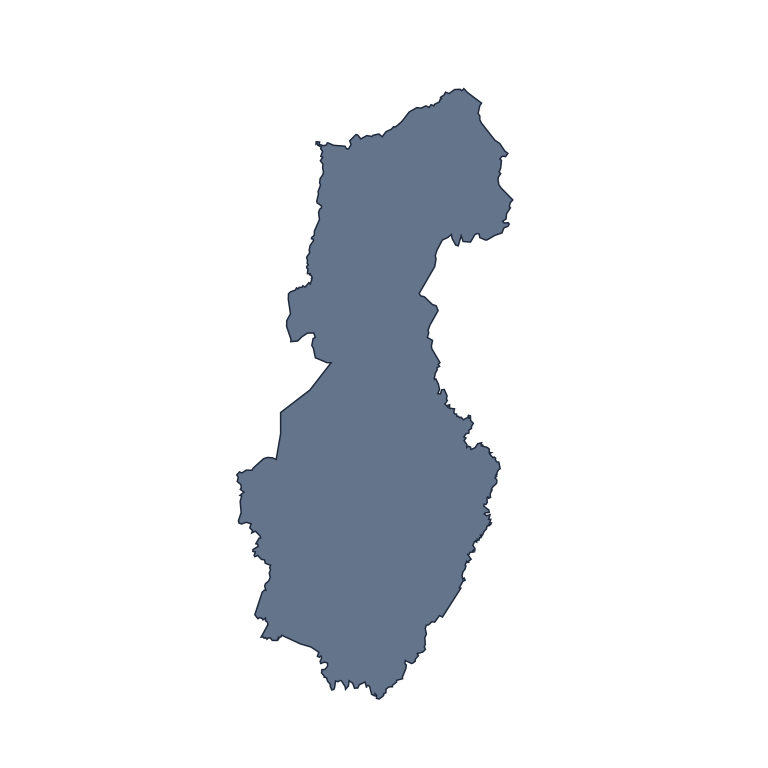 Nzema East, Western, Ghana (Natural Earth projection), rotated 201°
{"feature_id": "2480657B37092877755739", "entity_name": "Nzema East", "entity_type": "district", "adm_level": 2, "iso_a3": "GHA", "parent_name": "Ghana", "parent_adm1": "Western", "projection": "natural_earth1", "projection_center": [-2.226, 5.086], "detail": "fine", "context": "isolated", "style": "filled", "palette": "slate", "viewbox_px": 768, "rotation_deg": 201, "n_neighbors": 0, "source": "geoboundaries", "source_scale": "gbopen_adm2", "svg_char_len": 6131}
<svg xmlns="http://www.w3.org/2000/svg" viewBox="0 0 768 768"><g transform="rotate(201 384 384)"><path d="M275.6,88.2L272.7,93.0L273.2,94.7L271.6,96.4L272.7,99.9L270.9,102.9L267.6,104.4L268.2,105.6L265.5,110.1L265.9,112.0L261.0,115.5L261.8,116.9L261.6,126.4L262.5,129.7L264.3,130.5L265.0,133.5L258.1,132.9L256.7,134.3L255.5,136.4L256.1,138.4L254.5,142.7L256.4,144.2L251.7,147.7L250.2,151.0L252.2,153.1L252.1,155.6L255.0,161.9L254.8,165.8L257.8,170.4L258.1,174.0L256.0,175.3L254.2,179.1L251.3,179.9L249.2,187.7L245.9,187.4L239.1,220.9L240.7,220.7L239.6,228.0L237.9,230.0L239.3,231.2L239.9,230.5L239.9,231.3L240.8,230.5L242.5,233.1L243.0,237.0L242.0,240.2L242.4,243.6L243.4,244.1L243.2,247.8L242.7,247.1L241.0,247.9L241.6,248.7L239.9,251.6L244.7,254.9L243.4,255.8L243.5,257.7L240.2,259.2L241.3,260.0L240.9,261.2L239.5,260.7L240.0,262.9L243.2,265.1L243.1,269.4L241.0,269.6L242.0,270.7L240.5,271.3L241.2,272.6L239.4,272.4L239.8,274.8L238.5,275.2L238.1,277.7L239.1,276.6L239.9,277.5L237.9,278.3L237.7,282.3L236.4,285.3L236.9,288.4L234.9,289.6L235.9,290.5L234.1,291.0L233.9,292.8L235.7,292.7L235.8,295.9L237.9,295.2L238.1,300.0L240.9,297.8L243.9,298.6L243.1,300.2L239.7,301.7L241.0,303.9L247.1,305.7L247.4,307.7L245.7,308.0L245.2,310.4L247.1,314.6L246.5,315.8L245.3,314.8L243.9,316.3L245.6,319.5L245.1,323.7L245.9,323.8L245.8,326.4L243.3,331.6L244.2,334.7L246.8,336.4L245.7,338.3L247.1,338.9L246.1,340.3L246.8,341.2L246.4,345.0L245.2,346.6L248.8,352.2L250.9,351.6L253.0,353.4L253.2,354.8L255.0,355.3L255.9,354.2L260.4,356.6L259.1,358.4L261.3,357.8L262.4,361.0L264.9,361.8L270.8,361.2L270.1,362.3L271.8,362.6L271.8,364.1L275.1,361.9L276.1,357.3L279.2,354.0L280.6,356.1L282.9,356.2L284.0,354.5L284.9,357.1L288.9,359.8L288.1,362.9L290.4,363.1L289.7,367.0L287.2,368.6L288.2,371.4L286.4,373.8L287.1,375.7L286.5,379.3L290.1,381.0L291.9,385.2L293.8,385.1L294.1,384.1L292.6,382.7L294.3,382.3L297.1,379.1L300.2,380.6L301.2,379.6L302.9,380.5L304.3,379.9L305.5,381.9L306.9,381.4L308.6,382.3L309.3,386.1L314.1,384.9L315.3,388.1L316.7,387.0L316.2,385.4L320.0,387.2L318.9,391.3L320.3,392.2L320.9,395.6L325.8,400.5L328.1,399.2L327.8,394.9L330.3,394.2L330.2,398.8L333.3,403.5L337.4,407.3L338.5,406.3L339.0,407.1L340.0,412.7L339.4,416.2L340.4,418.4L338.4,420.3L340.5,421.9L339.4,424.0L351.8,433.9L353.3,436.2L354.3,442.1L360.2,443.0L360.5,447.5L362.1,450.2L362.2,455.5L359.8,471.9L363.3,475.7L367.5,475.6L377.7,479.9L381.4,479.4L383.6,481.2L378.7,511.8L380.2,519.3L382.1,522.1L382.5,527.9L381.1,539.3L376.9,543.7L374.7,547.7L372.3,544.0L366.8,539.4L364.2,539.6L365.1,550.0L361.2,545.4L354.1,547.5L352.7,556.0L350.9,557.9L348.9,558.1L347.0,555.0L340.6,554.8L339.3,555.6L333.7,562.6L328.0,567.3L328.0,572.6L324.9,575.6L324.4,578.2L325.8,579.1L329.5,577.4L331.6,578.4L329.2,581.8L330.6,586.9L329.1,593.8L330.6,594.5L331.1,598.3L329.7,602.0L344.6,608.8L348.1,611.1L350.7,615.5L351.4,618.1L350.5,622.2L352.5,623.2L352.4,627.2L354.5,634.9L356.5,635.6L355.2,639.2L352.0,639.8L351.0,643.7L354.7,644.8L362.1,650.0L367.8,651.3L386.5,662.5L389.2,665.0L390.5,668.4L393.1,670.4L394.3,677.9L393.6,681.2L410.8,686.1L415.3,688.4L416.4,685.7L418.6,686.4L423.6,684.2L427.3,678.5L431.1,678.5L431.6,675.0L433.7,672.4L433.9,671.3L432.6,671.0L433.7,668.9L433.3,667.3L437.1,663.2L437.1,661.6L440.2,661.6L440.9,658.4L444.5,658.7L448.3,654.8L452.4,653.8L457.9,647.1L461.4,635.6L464.2,630.1L465.7,627.9L467.3,627.7L468.4,624.5L472.5,620.4L474.3,614.2L478.3,615.6L483.2,612.4L484.1,610.7L489.0,609.8L493.5,604.5L497.7,607.0L499.5,606.9L503.2,598.7L500.5,595.8L501.4,590.8L503.1,590.1L505.7,592.0L516.5,588.8L522.4,589.0L523.3,588.8L523.5,586.3L526.3,584.7L530.3,584.6L530.9,586.8L534.1,585.9L533.5,583.8L533.0,584.8L531.7,583.3L527.4,582.6L527.4,580.9L524.7,579.1L524.6,573.9L522.5,573.7L523.4,569.6L519.7,567.3L518.9,564.0L516.6,560.5L516.1,557.6L517.2,553.0L516.2,548.7L514.6,547.1L514.5,539.9L513.2,537.7L512.4,530.8L511.3,529.1L506.3,527.9L505.5,525.9L506.7,524.1L506.5,520.6L503.2,514.4L503.8,502.0L502.4,497.7L504.0,495.0L503.8,493.6L502.1,493.9L501.2,492.8L502.6,486.8L501.8,481.9L500.4,480.3L501.7,474.5L499.5,471.6L499.1,469.2L497.5,468.2L498.3,466.0L497.8,464.7L496.3,464.2L495.0,459.6L492.5,460.4L492.4,459.3L490.8,459.2L489.0,457.4L489.6,456.4L488.8,455.6L488.8,450.9L490.5,451.7L492.3,446.3L495.0,446.6L495.2,444.9L497.9,443.7L498.3,442.0L500.1,442.4L500.4,439.9L504.2,436.7L505.5,434.0L503.7,428.8L496.5,416.0L497.5,408.3L495.6,402.9L486.8,392.3L486.2,390.1L480.0,393.2L477.5,398.8L473.6,404.2L467.8,406.4L464.9,402.8L466.5,401.0L465.2,394.1L462.7,392.0L457.5,383.9L444.7,383.5L441.0,384.9L451.0,351.9L470.3,320.3L462.7,300.6L457.6,274.9L461.7,275.1L466.4,273.7L469.6,271.2L475.9,258.8L476.3,256.2L481.8,254.2L484.8,250.0L487.4,250.2L488.9,246.3L486.6,244.7L486.1,240.4L481.6,238.8L480.0,235.8L480.4,234.1L476.0,232.9L478.6,228.4L476.7,228.4L476.2,222.8L471.3,212.8L470.9,204.2L469.6,202.2L466.7,202.3L463.1,205.5L457.9,205.9L457.8,201.6L454.2,200.0L454.1,197.6L451.3,200.5L445.2,197.7L443.9,196.0L445.4,195.3L446.4,188.9L444.5,189.2L443.3,187.3L447.0,182.6L446.5,180.7L443.9,181.1L443.8,177.3L442.7,176.5L440.4,178.7L435.6,176.3L432.6,177.0L430.6,174.1L424.9,174.1L424.9,171.5L423.3,169.7L423.4,166.4L420.9,162.6L421.1,158.8L423.1,155.1L423.0,152.5L420.4,149.1L421.8,148.6L423.1,145.8L421.9,122.3L417.6,119.7L416.6,121.2L414.1,121.6L412.5,120.4L410.8,123.0L409.8,120.5L407.5,119.8L406.1,118.0L408.0,103.6L406.4,104.6L404.8,103.7L403.8,104.8L401.8,103.7L401.2,105.3L399.2,106.1L396.4,104.6L391.8,106.3L391.0,107.6L391.9,108.4L391.0,109.1L391.7,109.9L389.7,110.7L389.4,112.8L368.9,111.4L357.9,112.3L348.7,110.2L348.6,105.9L346.4,105.8L345.3,107.6L344.0,105.9L344.2,102.0L342.9,100.4L339.8,103.1L336.7,103.2L335.5,100.3L337.0,96.2L339.6,95.2L338.8,91.9L334.9,89.7L334.8,88.8L332.5,89.2L330.0,86.2L326.3,84.2L326.0,82.6L323.1,79.6L321.4,80.9L321.3,82.7L322.8,89.4L320.3,89.5L318.7,91.5L317.1,91.5L311.8,87.5L310.5,85.2L309.0,89.3L310.2,94.5L306.0,93.4L302.5,89.4L299.5,90.8L299.3,94.3L294.8,99.0L291.4,94.2L292.0,96.0L290.7,96.9L289.0,96.4L284.3,89.8L280.7,89.5L281.4,91.7L279.3,90.7L278.4,87.8L275.6,88.2Z" fill="#64748b" stroke="#1e293b" stroke-width="1.5"/></g></svg>